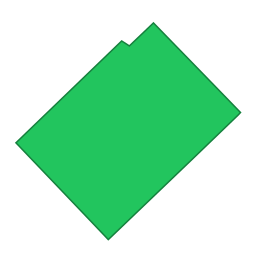 Day, South Dakota, United States of America (Natural Earth projection), rotated 316°
{"feature_id": "52423323B43652736697030", "entity_name": "Day", "entity_type": "district", "adm_level": 2, "iso_a3": "USA", "parent_name": "United States of America", "parent_adm1": "South Dakota", "projection": "natural_earth1", "projection_center": [-97.508, 45.37], "detail": "fine", "context": "isolated", "style": "filled", "palette": "green", "viewbox_px": 256, "rotation_deg": 316, "n_neighbors": 0, "source": "geoboundaries", "source_scale": "gbopen_adm2", "svg_char_len": 296}
<svg xmlns="http://www.w3.org/2000/svg" viewBox="0 0 256 256"><g transform="rotate(316 128 128)"><path d="M154.6,195.1L216.4,195.2L219.7,195.0L219.6,150.2L219.3,70.1L186.0,69.9L183.9,61.0L37.1,60.8L36.5,167.8L36.3,194.6L154.6,195.1Z" fill="#22c55e" stroke="#15803d" stroke-width="1.5"/></g></svg>